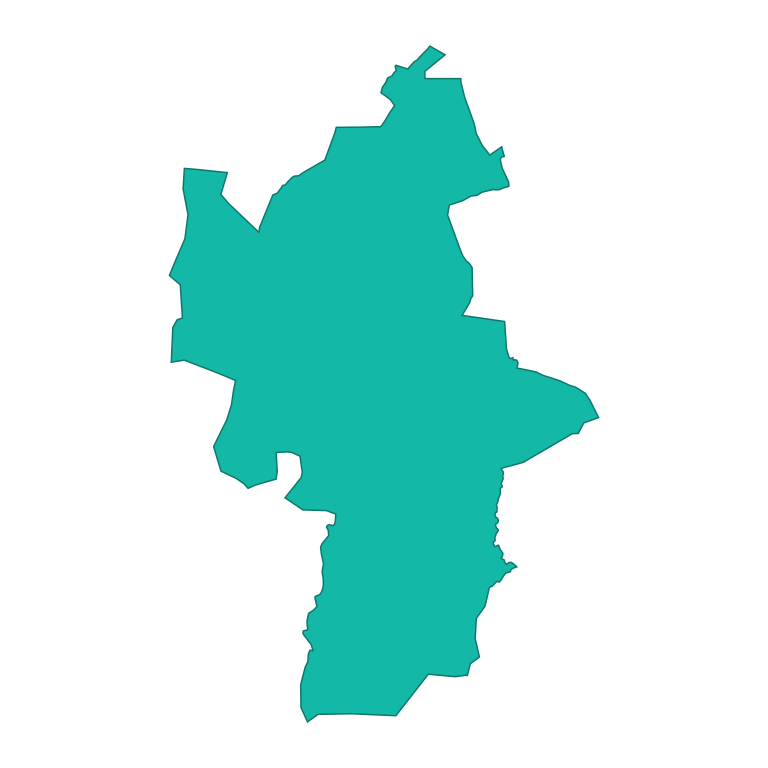 outline of Ingawa, Katsina, Nigeria
{"feature_id": "59680162B27261417712833", "entity_name": "Ingawa", "entity_type": "district", "adm_level": 2, "iso_a3": "NGA", "parent_name": "Nigeria", "parent_adm1": "Katsina", "projection": "robinson", "projection_center": [8.123, 12.614], "detail": "fine", "context": "isolated", "style": "filled", "palette": "teal", "viewbox_px": 768, "rotation_deg": 0, "n_neighbors": 0, "source": "geoboundaries", "source_scale": "gbopen_adm2", "svg_char_len": 4101}
<svg xmlns="http://www.w3.org/2000/svg" viewBox="0 0 768 768"><path d="M445.1,54.8L429.8,46.1L427.5,49.2L424.4,52.2L420.7,56.0L416.9,60.2L414.1,61.8L413.4,62.6L407.7,69.0L396.1,65.3L395.3,66.1L396.0,70.1L395.9,71.2L394.2,72.4L392.0,75.9L387.5,78.1L385.8,82.5L382.5,87.1L381.0,92.7L390.4,99.6L394.6,105.6L390.1,112.1L384.5,121.5L380.8,126.7L357.5,127.2L336.3,127.3L334.8,133.0L333.9,135.5L324.8,160.1L303.8,172.2L298.4,175.9L295.3,176.0L293.3,176.5L291.0,178.5L287.4,182.2L285.2,185.0L284.1,185.1L283.8,185.2L283.0,185.4L282.6,185.5L282.2,185.8L282.0,186.2L281.9,186.9L277.2,193.2L275.0,194.1L272.8,195.1L259.9,226.6L258.8,232.3L228.9,203.8L220.9,194.5L227.3,172.6L197.6,169.5L184.4,168.4L183.1,188.8L188.0,214.8L184.9,238.8L175.3,261.1L169.4,275.4L180.3,284.9L182.4,318.0L177.1,319.8L172.8,327.6L171.3,362.2L184.2,360.1L217.9,373.1L235.6,380.5L233.7,389.2L231.4,405.2L226.7,420.0L213.6,446.6L221.0,471.2L236.1,478.4L243.9,483.7L248.1,488.3L255.1,485.2L261.9,483.1L276.1,479.1L277.2,471.4L276.2,452.5L286.4,451.9L291.3,452.2L300.0,456.2L302.3,472.6L301.0,477.8L285.0,497.8L302.9,509.9L326.4,510.6L335.8,514.1L335.7,515.7L335.3,521.3L334.6,524.0L333.0,525.7L331.0,525.2L329.4,524.7L327.6,525.2L326.5,527.1L328.2,530.1L328.7,535.5L322.1,543.7L320.6,547.1L321.4,554.0L323.5,563.9L322.1,571.6L323.2,578.6L323.4,584.8L322.5,589.4L321.1,592.7L319.8,594.5L317.1,595.7L315.5,596.3L314.9,597.4L316.0,602.5L316.9,606.5L313.3,610.4L309.0,613.0L308.3,614.7L307.0,621.0L307.3,626.4L307.8,628.9L307.5,629.8L303.3,630.9L302.9,633.0L303.5,634.5L311.1,644.5L312.2,648.0L313.0,650.7L310.0,650.1L308.3,654.1L307.9,661.6L305.3,666.9L304.1,671.4L302.8,676.4L300.7,684.9L301.0,707.5L307.5,721.9L318.1,714.3L350.2,713.8L350.5,713.8L352.6,713.8L395.9,715.7L428.3,674.2L455.4,676.7L466.0,675.2L467.3,675.6L470.3,663.8L479.4,657.0L475.2,638.6L476.3,618.4L485.0,606.2L488.8,589.9L489.2,588.1L489.9,587.0L491.2,586.6L492.3,586.2L493.1,585.3L494.1,584.3L495.3,582.8L496.8,581.5L499.0,582.0L499.9,581.6L501.4,579.5L502.6,577.3L503.8,575.6L505.3,573.7L506.8,572.7L508.9,572.2L509.8,572.0L510.5,571.5L510.7,570.2L511.1,569.5L512.1,568.9L513.5,568.1L516.7,566.9L515.5,565.5L513.3,563.8L511.8,562.7L510.6,562.3L509.0,562.6L507.9,563.3L506.6,564.5L505.4,563.1L504.5,561.6L504.4,560.1L503.4,559.6L502.4,559.0L501.7,558.5L501.2,557.7L502.2,556.7L502.6,555.6L502.8,554.3L502.8,553.2L502.1,552.2L501.7,551.4L500.9,550.6L500.3,549.7L499.8,548.6L499.4,547.3L498.8,546.3L498.8,545.4L497.9,545.2L497.2,545.6L496.3,546.3L495.5,546.5L494.8,546.4L494.4,546.0L493.8,544.7L493.4,543.9L493.1,542.9L493.8,541.9L494.5,541.3L495.0,540.7L495.1,539.5L494.9,537.8L495.2,536.4L495.9,535.0L496.1,533.7L496.9,532.8L497.5,532.0L498.0,530.9L498.3,529.9L497.6,528.9L496.9,528.3L496.2,527.1L495.6,526.1L495.5,525.0L495.8,524.1L496.6,523.6L497.5,522.8L498.1,521.8L498.4,520.8L498.2,519.8L497.9,518.9L497.2,518.1L496.5,517.5L495.6,516.9L495.2,515.8L495.1,514.9L495.0,513.7L495.3,513.0L495.8,512.4L496.6,512.3L497.0,511.4L496.8,509.4L497.2,508.0L496.7,506.0L496.5,504.5L497.4,502.7L498.4,500.3L498.0,498.8L499.0,497.7L499.4,495.9L500.4,493.8L500.3,492.3L500.3,490.4L500.3,488.3L502.3,486.9L502.0,485.4L501.0,484.0L502.6,480.2L503.2,478.4L502.7,476.6L503.2,474.3L503.4,472.2L502.6,471.1L501.8,470.1L501.2,468.3L523.1,462.4L572.3,433.7L578.3,433.4L583.8,422.9L598.6,417.5L589.8,400.0L585.1,393.2L575.6,387.2L570.0,385.5L560.1,380.9L542.9,375.3L536.0,371.9L526.0,369.8L516.7,368.0L517.5,365.4L517.9,364.1L517.9,362.6L516.7,360.1L514.6,359.8L513.3,360.0L512.8,357.7L511.9,358.3L510.9,358.4L510.1,358.2L509.2,358.0L506.5,349.1L504.6,321.5L462.1,315.4L469.8,302.4L470.9,298.3L472.7,295.9L472.1,267.6L469.5,263.6L466.3,260.9L463.1,256.4L461.4,252.7L447.6,215.0L449.3,205.1L463.1,200.5L470.9,196.0L476.9,195.4L482.0,192.2L493.1,189.5L496.5,189.9L498.2,189.7L500.0,189.5L503.2,187.9L506.1,187.2L508.9,186.3L508.6,182.0L502.2,168.2L500.2,159.5L501.5,157.0L504.3,156.4L502.7,150.9L501.7,146.8L489.8,155.1L482.5,145.8L476.3,133.7L474.2,123.8L464.6,97.1L461.0,82.4L460.8,80.1L460.8,78.6L425.0,78.6L424.8,71.4L445.1,54.8Z" fill="#14b8a6" stroke="#0f766e" stroke-width="1.5"/></svg>